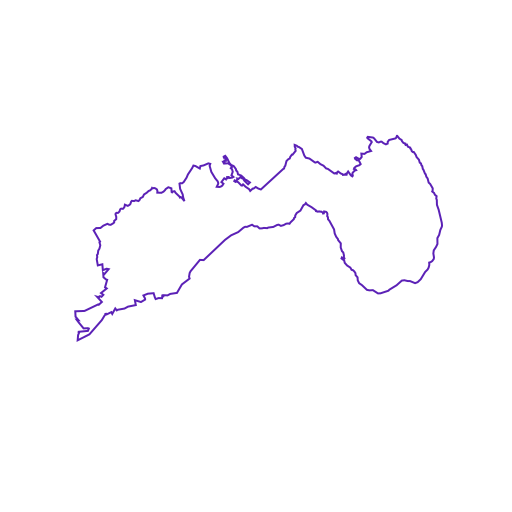 Estelnic, Harghita, Romania, rotated 45°
{"feature_id": "2599482B48402840348711", "entity_name": "Estelnic", "entity_type": "district", "adm_level": 2, "iso_a3": "ROU", "parent_name": "Romania", "parent_adm1": "Harghita", "projection": "equal_earth", "projection_center": [26.246, 46.152], "detail": "fine", "context": "isolated", "style": "outline", "palette": "violet", "viewbox_px": 512, "rotation_deg": 45, "n_neighbors": 0, "source": "geoboundaries", "source_scale": "gbopen_adm2", "svg_char_len": 6103}
<svg xmlns="http://www.w3.org/2000/svg" viewBox="0 0 512 512"><g transform="rotate(45 256 256)"><path d="M370.4,194.4L374.2,186.9L374.1,185.6L376.1,177.3L376.5,170.3L378.1,168.2L380.9,166.5L382.7,164.8L387.7,162.7L388.8,160.2L388.9,155.9L386.9,147.7L386.9,144.2L386.3,142.2L384.9,139.8L383.1,138.2L383.8,136.9L384.2,135.0L383.8,132.4L382.8,131.1L379.6,128.8L377.7,126.3L376.9,122.3L375.8,119.2L371.6,115.1L370.6,111.6L367.9,107.2L366.7,103.9L366.0,102.9L363.8,101.1L352.4,94.1L347.8,91.9L344.2,88.5L342.8,87.9L341.4,86.0L339.2,86.2L337.3,85.5L335.0,85.8L334.6,84.8L333.1,83.2L328.2,81.9L326.2,82.0L322.5,79.8L320.4,79.5L318.1,78.2L317.3,78.3L313.4,76.6L312.4,76.5L310.0,74.9L308.9,74.9L307.2,73.9L305.8,74.2L303.1,72.7L299.6,72.5L297.4,71.5L294.0,70.9L293.4,71.6L292.0,71.7L290.2,70.8L289.1,70.9L288.4,70.3L286.1,71.3L284.0,70.5L283.3,71.7L282.8,71.6L282.1,70.9L280.3,71.8L278.1,71.6L276.9,71.0L274.5,71.6L270.9,71.2L270.7,71.4L271.5,73.3L271.5,74.2L268.1,79.8L268.4,82.1L269.6,83.4L268.9,85.2L266.3,86.1L264.0,86.3L263.4,86.8L262.5,88.9L260.9,89.8L256.3,89.3L255.0,89.5L250.8,92.7L251.0,93.7L251.5,93.9L256.6,93.3L257.3,93.6L258.4,98.0L259.0,99.1L260.4,100.0L263.1,100.4L260.9,104.4L260.5,107.1L258.1,109.1L260.7,111.2L261.0,113.6L260.2,114.5L256.9,115.4L256.6,116.8L257.4,117.2L259.9,116.9L260.8,115.6L265.0,117.0L264.9,118.7L263.4,121.7L263.2,124.1L263.7,125.2L265.3,124.4L266.1,124.5L265.4,125.9L265.5,128.9L266.0,129.7L267.7,130.8L267.8,131.6L266.1,131.9L261.4,131.1L261.8,133.2L262.6,134.5L261.9,135.2L261.2,135.0L261.1,136.0L260.1,137.2L259.5,136.9L257.6,137.7L254.3,138.2L254.2,139.6L254.9,140.6L254.3,141.1L253.6,141.1L253.0,142.3L245.2,143.6L243.7,144.5L239.9,144.4L236.6,145.5L233.0,145.8L232.0,147.9L231.5,148.2L224.9,149.3L221.7,151.3L219.1,150.8L212.8,147.9L209.2,148.6L208.2,149.2L206.9,149.2L204.8,150.1L206.1,151.3L208.0,152.0L208.4,152.8L209.7,153.6L210.2,158.5L209.7,158.9L210.1,161.6L210.9,163.2L210.4,164.7L210.4,167.3L212.9,171.5L213.0,172.7L214.0,174.3L213.7,175.3L212.4,205.5L209.9,206.7L207.0,207.4L206.6,210.1L206.0,210.7L205.9,214.1L203.9,213.6L199.7,214.4L196.2,214.5L196.4,216.0L195.8,216.5L191.2,216.4L189.6,217.1L189.1,218.1L187.7,218.4L187.5,217.8L188.5,217.8L188.2,217.3L188.9,216.6L188.7,215.7L188.3,215.8L188.7,215.5L188.4,214.9L188.7,214.6L188.1,214.4L189.0,213.8L189.4,211.2L191.0,211.0L191.5,210.3L194.5,211.0L199.7,210.9L199.7,208.3L195.7,209.0L194.4,209.7L192.3,209.4L188.7,209.6L188.4,210.3L187.3,210.1L185.6,211.0L183.1,209.5L181.6,209.6L180.5,208.8L178.3,208.4L176.5,208.2L174.1,209.2L171.6,209.1L166.4,207.3L163.4,206.9L162.9,208.6L163.8,209.2L164.7,208.5L167.4,209.9L166.3,211.0L167.1,211.6L166.1,212.7L168.0,213.3L170.7,210.2L174.9,209.4L175.6,210.4L176.1,210.4L176.1,211.7L177.7,211.6L180.0,212.9L181.6,216.3L184.1,216.1L183.8,217.3L182.3,219.4L181.4,220.0L180.8,219.5L179.8,220.6L180.8,221.4L180.1,222.7L180.4,223.1L178.6,223.5L179.3,228.2L181.9,227.9L182.4,230.1L182.0,231.9L181.3,233.1L179.3,234.8L178.2,231.6L177.4,230.9L176.1,230.3L172.1,229.9L164.9,228.1L159.4,225.0L158.5,223.2L156.8,224.2L154.9,229.0L153.1,231.7L154.4,233.9L149.6,235.2L147.8,236.3L148.7,239.0L150.2,246.5L151.5,249.7L152.6,254.9L152.3,256.9L151.0,258.0L150.7,258.9L154.9,262.2L160.6,264.3L163.3,266.2L166.6,267.8L161.8,267.3L161.0,267.6L160.9,268.4L159.7,268.1L154.5,268.2L152.6,267.8L151.7,269.1L151.7,270.3L151.1,270.4L148.3,268.0L145.4,269.4L144.8,272.6L145.1,273.6L145.1,275.9L144.4,278.2L141.4,281.0L140.4,279.8L138.9,279.0L137.1,279.3L135.8,280.0L135.0,281.4L134.4,281.4L134.8,282.7L134.7,284.6L134.1,285.9L134.0,288.6L133.3,291.7L134.2,294.3L133.4,296.9L134.1,299.0L134.0,300.3L131.5,301.7L131.0,303.3L129.2,304.8L129.3,305.9L130.4,308.1L130.4,309.3L129.9,311.2L127.0,312.4L128.3,314.3L128.6,316.3L128.5,316.8L127.2,317.8L127.0,318.4L127.0,319.1L128.0,321.1L128.0,322.6L127.9,323.2L126.9,324.0L126.7,325.1L127.1,325.8L129.6,327.2L131.1,328.8L130.9,331.5L132.0,332.6L131.9,333.9L131.2,336.7L130.0,337.7L128.2,338.3L126.6,342.5L126.2,346.2L123.3,349.2L123.1,352.7L135.6,356.1L135.6,357.0L138.3,358.5L140.1,361.5L140.6,363.7L142.7,366.4L142.9,367.8L144.5,369.0L145.5,370.8L150.8,374.5L153.2,370.5L157.7,374.3L159.4,370.6L161.1,369.5L161.6,375.9L160.0,376.1L163.2,378.9L166.7,378.6L167.6,378.1L171.4,384.9L173.4,384.5L172.6,391.8L175.5,391.4L175.6,394.1L174.1,394.7L173.8,395.2L174.2,396.2L172.4,397.2L179.5,397.5L179.3,401.6L178.8,401.6L178.6,401.9L173.6,416.1L167.3,422.9L171.3,426.5L175.7,426.9L174.4,427.9L178.1,428.4L185.3,429.1L188.2,425.9L189.1,425.5L190.1,427.8L183.7,435.6L185.0,435.0L186.1,437.7L189.5,441.7L193.6,429.2L192.3,410.4L191.0,405.1L191.0,403.8L190.5,403.4L190.9,402.8L191.7,402.9L193.4,398.0L195.3,398.6L193.6,392.6L196.0,392.9L196.3,391.7L200.2,386.1L201.3,382.3L205.7,375.7L201.6,372.9L207.2,369.9L208.4,365.2L207.6,364.5L204.3,363.5L206.2,359.1L209.9,354.7L213.8,356.8L215.5,357.4L216.9,354.6L219.4,352.3L218.6,351.2L218.8,350.7L218.2,350.8L217.6,350.1L217.9,349.5L221.3,346.4L222.2,343.4L226.2,338.0L223.7,328.5L225.0,318.9L223.3,318.0L221.1,314.9L220.5,313.0L219.1,298.4L221.9,295.9L222.7,266.4L223.8,258.9L226.5,251.7L227.1,244.8L227.7,243.0L229.0,241.8L231.1,236.7L233.8,236.2L236.0,234.1L239.0,234.0L240.7,232.2L241.7,230.6L244.3,228.3L244.5,227.3L247.7,223.2L249.0,219.1L249.9,217.8L252.3,217.1L253.7,214.6L254.5,211.8L255.7,210.3L256.9,209.5L256.6,207.8L256.7,203.2L256.1,202.4L256.2,200.8L255.1,199.6L254.4,196.8L255.3,192.5L253.6,186.5L254.1,184.9L253.8,183.3L255.9,183.5L260.7,182.2L266.5,181.3L266.8,181.8L268.5,180.9L269.0,179.8L270.0,179.4L270.5,178.6L272.5,178.0L273.4,178.5L273.8,177.9L272.7,176.3L274.4,175.2L275.6,175.2L276.8,175.8L278.2,177.5L279.4,177.7L281.0,179.1L282.9,179.2L292.4,182.0L295.7,184.4L299.1,185.7L302.0,186.1L302.9,186.7L307.0,187.1L309.9,190.1L313.4,191.8L315.2,191.8L317.8,193.4L319.0,194.7L320.3,195.2L320.2,196.1L317.8,196.3L318.2,197.3L321.5,196.8L323.6,198.1L327.2,198.3L330.9,197.5L333.4,198.2L334.4,197.5L336.4,197.4L338.4,197.8L340.0,199.1L342.9,199.3L345.2,201.3L348.2,202.3L351.4,201.7L358.4,201.5L360.6,200.0L362.8,197.5L368.7,196.2L370.4,194.4Z" fill="none" stroke="#5b21b6" stroke-width="2"/></g></svg>